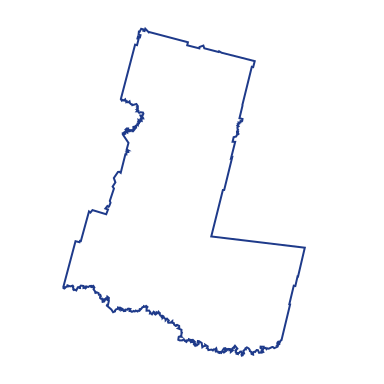 Murrumbidgee, New South Wales, Australia (Albers equal-area conic projection), rotated 186°
{"feature_id": "25037944B53831779764710", "entity_name": "Murrumbidgee", "entity_type": "district", "adm_level": 2, "iso_a3": "AUS", "parent_name": "Australia", "parent_adm1": "New South Wales", "projection": "albers", "projection_center": [145.821, -35.012], "detail": "fine", "context": "isolated", "style": "outline", "palette": "blue", "viewbox_px": 384, "rotation_deg": 186, "n_neighbors": 0, "source": "geoboundaries", "source_scale": "gbopen_adm2", "svg_char_len": 5827}
<svg xmlns="http://www.w3.org/2000/svg" viewBox="0 0 384 384"><g transform="rotate(186 192 192)"><path d="M259.6,349.0L260.9,345.8L261.6,345.9L261.6,342.9L259.6,342.6L259.9,340.4L262.0,340.8L262.3,338.9L261.1,338.7L262.0,332.3L264.0,332.6L272.5,276.9L271.3,275.5L270.6,276.4L269.5,275.9L268.3,277.0L268.1,275.9L267.3,276.0L266.8,274.6L266.2,275.2L265.9,274.6L264.8,274.5L263.6,275.6L263.0,273.9L261.9,273.0L261.0,273.0L260.5,272.1L256.5,273.7L254.9,271.8L255.6,270.9L254.8,270.5L255.2,269.4L254.7,269.2L254.9,268.6L254.3,267.8L255.1,267.7L254.6,267.3L255.2,266.5L254.3,266.6L252.8,265.2L251.6,265.9L249.1,265.9L248.5,264.8L249.1,263.0L251.3,262.7L250.7,261.7L249.8,262.0L248.6,260.7L249.7,260.1L249.1,259.8L250.3,259.5L249.7,257.8L250.8,258.2L250.7,257.6L250.1,257.4L250.7,256.7L252.7,257.9L252.5,257.0L252.8,256.6L251.9,256.0L251.9,255.3L252.5,255.6L252.8,253.0L253.5,253.7L253.8,252.6L254.7,252.1L254.3,250.1L254.9,249.7L255.9,251.0L257.1,250.6L256.9,248.9L255.7,248.2L257.0,246.2L257.4,246.2L257.2,247.3L258.4,247.3L259.4,246.5L259.4,247.1L260.5,247.1L260.2,246.4L261.4,245.8L262.0,246.8L262.1,248.5L263.5,248.4L264.6,247.1L262.6,245.6L262.5,244.3L264.6,245.1L265.2,244.6L264.5,244.4L264.8,243.9L264.5,242.9L265.2,242.5L265.5,242.9L267.0,243.0L266.9,242.1L260.3,234.2L261.4,227.5L259.9,226.8L260.7,226.7L261.3,226.0L259.8,225.7L259.6,225.1L260.6,225.0L261.4,224.0L261.2,222.5L262.2,222.5L264.9,203.6L266.4,204.5L267.7,204.2L271.2,197.7L269.2,193.6L271.5,189.1L270.0,187.3L272.8,174.5L271.9,172.8L273.0,168.9L273.6,168.5L274.7,169.2L276.4,166.5L273.7,165.8L275.0,160.9L289.1,163.6L290.9,160.9L292.4,161.9L297.4,131.6L298.3,131.7L298.6,130.3L302.7,130.9L310.0,84.3L309.4,84.2L309.6,82.9L308.8,82.7L306.8,85.0L305.8,85.0L305.9,86.1L303.3,85.4L300.9,86.4L300.2,85.7L300.5,84.5L299.8,83.8L299.9,82.6L299.2,82.1L298.2,82.6L296.8,82.0L295.6,85.3L294.3,85.7L293.9,84.8L293.3,84.8L293.5,86.2L292.7,87.3L290.1,87.2L289.9,85.2L288.8,85.6L287.9,85.0L287.4,85.6L288.1,86.5L287.5,87.1L285.2,86.7L283.7,87.9L282.3,88.1L282.3,87.0L281.8,86.9L280.1,87.4L280.7,88.0L280.3,88.3L279.1,86.8L279.8,85.1L277.6,82.5L277.7,81.7L277.1,81.5L276.3,82.3L274.4,81.7L273.9,80.1L272.5,80.2L271.8,78.8L272.5,78.0L272.2,76.8L271.3,76.3L270.4,76.6L269.9,75.8L268.1,76.2L268.3,75.2L269.7,74.7L269.4,73.4L267.9,73.9L266.6,77.0L265.6,76.3L265.3,79.1L263.6,78.0L263.6,76.4L264.6,76.1L263.3,75.1L263.8,70.6L264.6,70.8L264.8,70.1L259.9,66.7L257.9,64.2L256.1,65.2L256.2,66.0L255.2,67.4L253.6,68.0L253.5,69.4L252.2,69.0L251.7,67.5L250.9,68.0L251.0,69.3L249.0,68.5L249.5,67.3L248.4,67.8L247.5,66.4L246.0,66.7L246.3,67.7L246.0,68.1L244.0,68.2L243.5,69.2L242.7,69.4L241.1,69.2L241.8,67.8L241.7,67.1L240.4,67.3L239.7,66.6L238.5,66.8L237.8,67.6L236.4,67.2L235.6,68.2L233.6,67.5L233.0,68.5L231.9,68.3L231.2,69.3L231.5,70.1L230.4,70.3L229.2,72.3L228.0,72.6L227.9,73.4L226.6,72.9L225.7,73.9L224.3,73.0L225.0,71.5L224.8,69.2L222.3,69.6L220.9,68.1L221.1,66.8L220.0,67.0L219.0,66.2L217.6,68.9L216.8,68.4L216.3,66.7L215.5,66.3L214.9,66.9L214.7,68.6L213.6,68.0L212.8,69.4L212.3,68.8L212.3,68.0L211.3,68.0L211.4,66.9L210.5,65.8L209.7,65.7L209.3,64.9L208.7,65.8L208.1,65.5L208.0,63.9L207.2,65.0L206.2,63.5L205.0,63.1L204.8,61.8L203.6,63.4L201.7,61.8L202.4,60.6L201.9,59.5L199.7,59.8L198.1,61.5L197.9,59.8L196.4,59.7L195.9,58.2L194.2,57.1L193.5,57.3L193.5,58.1L193.0,58.3L190.8,57.5L190.5,55.9L191.7,54.9L188.1,53.9L187.9,51.6L187.3,51.0L187.7,50.0L187.6,48.4L188.1,47.7L187.3,46.9L189.6,46.9L190.1,46.4L190.2,43.6L188.7,43.1L186.2,43.4L184.8,44.7L183.8,43.3L182.7,43.6L182.8,42.8L181.9,42.3L181.0,44.1L179.5,44.0L179.6,45.2L178.6,44.9L177.5,42.8L176.3,44.2L177.0,44.8L176.0,45.0L175.4,43.6L175.7,42.8L174.6,42.9L174.5,44.1L173.6,43.4L174.1,42.7L173.1,41.8L174.0,41.7L174.3,40.9L172.8,39.4L172.3,40.0L171.3,39.8L169.4,41.8L169.9,42.9L170.7,43.0L170.6,44.4L169.5,44.4L166.6,42.9L165.5,38.7L164.4,39.8L162.5,40.4L162.8,41.4L160.2,40.1L160.2,39.3L160.9,38.3L159.7,37.7L159.2,36.5L156.1,37.3L154.7,36.6L154.1,37.7L152.9,37.7L152.3,38.4L151.8,37.8L151.4,38.7L151.1,38.0L151.9,36.3L151.7,35.8L149.8,36.2L149.0,35.0L147.9,34.8L147.8,35.8L146.7,36.0L146.7,35.2L146.1,35.0L145.2,37.2L143.5,35.7L141.8,37.2L143.7,39.1L144.4,38.8L143.9,39.8L142.6,40.2L141.3,39.3L140.4,39.4L140.3,38.9L139.7,39.7L138.1,39.8L138.2,38.7L137.0,39.1L136.7,36.9L134.8,38.8L135.6,40.5L134.8,41.4L133.9,41.4L134.1,42.2L133.2,43.6L130.5,40.9L132.2,39.1L131.5,38.5L131.9,37.5L131.0,36.6L130.9,35.8L129.4,35.6L129.5,36.7L128.1,37.0L127.5,38.2L126.6,38.5L125.2,37.0L125.8,35.6L125.4,34.5L124.5,34.9L124.5,36.1L123.3,36.8L124.3,39.3L122.7,41.2L122.1,41.2L122.5,42.1L121.2,43.2L119.4,42.4L118.2,41.2L117.8,39.8L116.5,39.3L115.8,37.1L114.2,36.7L114.5,39.0L113.2,39.7L112.5,39.5L111.2,41.6L109.9,41.6L108.5,39.1L106.7,39.5L106.3,41.1L105.6,41.0L105.3,39.8L104.4,40.3L105.2,41.2L105.0,42.5L107.6,44.1L107.6,45.4L104.5,45.6L104.5,44.0L102.4,44.7L101.5,43.5L100.7,44.4L99.3,44.2L96.1,46.2L95.4,46.3L93.9,45.3L90.8,47.1L90.7,48.0L89.8,48.3L90.9,48.5L90.1,49.2L91.1,49.4L91.3,50.1L89.3,50.1L89.2,51.5L91.0,51.0L91.0,51.6L90.5,52.2L88.7,52.3L88.2,53.7L87.5,54.1L82.7,90.4L83.5,90.5L81.0,109.5L79.4,109.3L78.2,119.1L77.7,119.0L74.0,148.4L168.2,149.8L161.5,197.2L160.2,197.4L155.7,230.4L156.7,229.7L154.3,246.4L156.9,246.2L156.3,250.9L153.9,251.8L153.2,253.7L152.4,254.1L152.9,254.7L152.1,255.0L152.6,255.7L152.5,256.5L153.5,256.2L153.6,256.8L152.7,258.8L153.3,259.4L153.6,261.2L152.6,262.2L153.8,262.9L153.1,263.8L153.5,264.4L152.3,265.0L152.9,266.0L151.1,266.3L151.1,267.6L149.8,267.5L149.5,267.9L149.4,269.9L152.5,270.3L150.8,283.2L151.0,283.8L145.6,322.8L144.2,322.6L143.3,328.7L177.1,333.6L179.8,334.8L180.1,334.0L194.8,336.2L196.0,338.8L199.7,337.0L199.7,335.6L212.1,337.4L211.7,340.5L251.2,346.6L251.6,346.2L255.5,349.5L256.0,347.1L257.3,347.3L257.1,348.6L259.6,349.0Z" fill="none" stroke="#1e3a8a" stroke-width="2"/></g></svg>